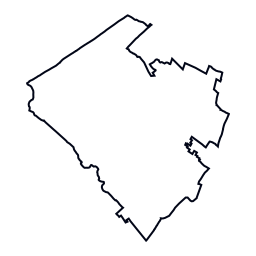 outline of Mihai Eminescu, Botosani, Romania
{"feature_id": "2599482B56977001468724", "entity_name": "Mihai Eminescu", "entity_type": "district", "adm_level": 2, "iso_a3": "ROU", "parent_name": "Romania", "parent_adm1": "Botosani", "projection": "mercator", "projection_center": [26.565, 47.773], "detail": "fine", "context": "isolated", "style": "outline", "palette": "ink", "viewbox_px": 256, "rotation_deg": 0, "n_neighbors": 0, "source": "geoboundaries", "source_scale": "gbopen_adm2", "svg_char_len": 5641}
<svg xmlns="http://www.w3.org/2000/svg" viewBox="0 0 256 256"><path d="M198.8,182.2L199.1,181.4L200.9,178.9L203.5,174.6L203.7,174.4L204.6,173.0L205.0,172.5L206.9,170.8L208.9,168.5L205.8,166.6L205.1,166.3L204.1,165.7L202.3,164.0L201.4,163.1L200.6,162.0L200.4,161.8L199.2,161.1L199.0,160.6L199.8,159.7L199.1,159.3L199.5,158.3L197.0,156.9L197.4,156.0L195.5,155.0L196.9,152.5L194.2,150.9L192.4,154.0L188.5,151.4L189.7,149.5L187.7,148.1L187.8,148.0L187.0,147.3L187.6,146.5L185.2,144.9L185.9,143.3L187.3,144.1L187.5,143.7L190.4,145.7L190.9,144.9L190.7,144.8L191.5,143.5L190.3,142.7L192.0,140.3L190.5,139.2L191.8,136.8L202.2,144.4L204.4,146.4L205.8,147.4L206.2,146.8L206.7,145.9L207.7,144.4L209.6,141.6L210.0,141.6L210.8,141.8L212.7,142.4L213.3,142.9L215.3,143.9L215.5,144.1L215.7,144.5L215.9,144.8L216.9,145.5L217.9,146.5L218.4,143.4L220.4,137.3L220.8,136.8L221.5,135.0L221.7,134.7L223.1,129.1L223.0,128.9L223.8,125.7L224.5,123.6L226.9,118.8L227.2,118.1L227.3,117.8L228.9,114.0L228.9,113.9L228.7,113.8L228.1,113.6L227.8,113.4L227.4,113.3L226.9,113.0L226.0,112.7L225.2,112.2L224.8,111.8L222.9,111.0L222.1,110.5L221.5,110.2L220.9,109.7L220.5,109.8L220.5,109.7L220.6,109.2L218.2,106.6L217.5,105.8L217.2,105.4L216.5,105.2L216.5,104.9L216.6,104.5L216.5,104.3L216.2,103.3L216.1,103.1L216.1,102.6L216.7,99.1L216.7,98.6L217.0,97.1L218.2,93.0L216.9,92.2L215.9,91.0L213.9,89.4L216.4,79.2L220.4,81.4L221.2,79.2L220.8,78.5L221.4,76.7L222.3,72.6L220.3,71.7L218.4,71.4L216.1,70.7L214.8,69.9L214.5,69.5L213.9,69.4L213.4,69.0L212.2,68.0L211.7,67.3L210.9,66.6L210.5,66.4L209.8,66.3L209.1,66.0L208.5,67.9L207.8,69.4L207.7,69.9L207.3,70.8L206.2,73.7L201.0,70.9L195.5,67.8L185.0,63.1L182.8,69.4L172.1,58.7L171.0,62.2L170.3,64.1L169.4,64.0L168.6,63.1L167.0,62.5L166.2,62.5L164.6,63.5L161.8,62.1L161.3,62.1L160.5,62.5L160.3,62.5L159.9,62.3L159.3,61.6L159.1,61.2L158.9,60.5L158.8,60.2L158.5,60.1L158.1,60.0L157.5,59.6L156.9,59.4L156.5,59.5L156.2,59.5L155.3,60.2L154.9,60.6L154.3,61.5L153.9,61.9L153.0,62.4L152.5,62.9L151.5,63.3L150.6,63.8L149.8,64.3L151.1,66.4L152.8,68.4L154.0,69.3L155.2,69.8L155.6,70.1L155.6,70.5L153.4,72.3L152.7,72.7L154.4,75.7L151.1,76.0L148.4,71.6L144.1,62.4L140.6,58.3L140.2,57.5L139.9,57.2L139.7,57.2L138.8,56.7L138.6,56.7L137.9,57.0L137.3,56.9L137.1,56.7L136.7,55.8L135.8,54.8L134.6,54.1L134.2,54.0L133.7,53.5L132.9,53.4L132.2,52.8L130.4,51.9L129.9,51.4L129.4,50.9L129.0,50.3L128.9,49.8L128.6,49.3L127.5,49.0L126.8,48.5L128.6,46.3L129.1,45.9L136.0,38.6L136.4,38.3L137.6,37.4L139.5,35.4L143.8,31.7L147.0,28.6L148.8,27.1L149.5,26.6L150.2,25.8L151.4,24.9L150.2,24.0L149.9,24.2L149.3,25.0L149.0,25.3L148.3,26.3L148.1,26.2L148.0,26.4L147.1,25.7L146.6,25.4L146.2,25.1L145.7,24.3L143.1,22.3L141.8,21.9L140.9,21.8L139.9,21.4L138.8,21.2L138.5,21.0L137.5,20.3L136.4,19.7L135.6,19.9L135.1,19.8L134.2,19.3L133.1,18.4L131.2,17.1L127.8,15.4L127.5,15.4L126.9,15.9L125.1,17.0L124.2,17.8L119.0,21.0L117.6,22.0L114.4,24.4L106.4,30.0L104.5,31.6L103.3,32.4L102.4,33.1L101.1,33.9L99.2,35.4L97.5,36.6L95.0,38.5L93.4,39.6L84.7,45.0L80.6,47.7L80.1,48.0L79.2,48.8L77.1,50.2L76.6,50.7L76.2,50.9L75.6,51.0L75.3,51.4L73.8,52.3L73.0,52.9L71.6,53.7L63.7,58.8L62.4,59.8L61.0,61.3L60.3,61.9L60.3,62.2L60.2,62.5L59.0,63.2L56.0,65.7L51.2,68.4L49.1,69.7L45.2,71.8L40.9,74.6L39.8,75.4L38.1,76.2L36.7,77.2L34.5,78.5L33.2,79.4L32.9,79.4L32.6,79.6L31.8,80.1L30.9,80.4L30.2,80.8L29.3,81.3L28.7,82.2L27.1,83.2L27.3,83.9L27.7,84.5L28.7,85.1L29.5,85.4L30.4,85.9L31.1,86.6L31.5,87.1L31.7,87.5L33.2,90.6L33.4,92.2L33.3,94.5L33.4,97.5L33.1,98.5L32.7,99.5L32.3,99.7L31.5,99.9L30.5,100.9L30.0,101.2L29.5,101.8L28.8,103.6L28.7,104.5L29.0,106.4L29.6,107.0L29.7,107.5L29.7,108.5L29.6,109.2L29.3,110.5L31.8,111.7L32.6,111.9L33.1,112.2L33.7,112.9L33.8,113.2L34.4,114.9L34.6,115.1L34.9,115.4L35.9,115.7L38.6,118.0L41.4,120.0L42.0,120.2L43.1,120.6L43.4,120.8L43.9,120.5L45.5,122.3L54.4,130.2L54.9,130.6L64.9,139.6L66.4,141.0L67.0,141.9L67.3,142.2L68.9,143.2L69.8,143.8L73.4,147.1L73.5,147.2L74.0,149.3L74.6,150.5L76.2,152.6L76.5,153.3L77.4,154.2L77.8,154.7L78.0,155.1L78.2,156.0L78.2,156.8L78.3,157.7L78.5,158.5L78.8,158.9L79.3,159.3L79.7,160.2L80.5,160.8L80.8,161.3L81.4,161.6L81.6,161.9L81.7,162.3L81.7,162.5L81.5,162.8L81.0,163.0L80.9,163.1L80.9,163.8L81.2,164.4L81.5,164.8L82.7,166.2L83.8,167.3L84.6,167.8L85.0,167.8L86.6,167.7L87.9,167.8L89.3,167.5L89.7,167.2L90.9,165.2L91.2,165.0L91.9,165.2L92.9,166.0L93.8,166.6L94.3,166.5L94.9,166.3L95.3,166.3L95.6,166.4L96.8,167.1L97.3,167.8L97.8,168.3L98.1,168.7L98.3,169.4L98.2,169.6L98.0,169.9L97.5,170.9L97.2,172.3L97.4,172.6L97.5,173.2L97.7,175.2L98.0,175.8L98.7,176.6L99.1,178.1L99.2,178.4L99.1,178.7L98.7,179.5L98.7,179.9L99.1,180.4L100.3,181.2L102.0,181.7L103.3,181.8L103.8,182.0L103.9,182.5L104.0,183.1L103.9,183.6L102.2,185.4L101.9,186.5L101.9,187.6L102.5,189.4L103.1,190.3L103.5,190.8L103.9,191.0L106.0,192.1L107.7,192.4L108.0,192.6L111.3,196.0L113.6,198.7L115.4,200.4L116.0,200.2L116.8,200.9L117.5,201.7L118.1,202.3L119.4,204.2L122.1,207.0L123.0,207.7L116.3,213.8L117.0,214.6L118.4,215.8L119.2,216.9L120.2,216.2L121.0,215.6L122.3,217.4L125.6,222.5L127.5,221.7L126.5,220.1L128.2,218.9L128.7,218.6L129.0,219.1L129.9,220.3L130.3,221.0L146.1,240.6L146.7,240.0L154.0,230.2L154.0,229.9L154.3,229.4L154.7,229.2L155.0,228.4L155.7,227.5L155.9,227.0L156.2,226.5L156.5,225.9L157.1,225.4L157.4,224.5L157.8,224.0L159.1,221.8L159.8,221.0L160.6,219.4L161.0,218.8L161.1,218.6L161.0,218.3L162.8,218.5L165.0,217.9L169.2,215.8L171.3,213.0L173.6,210.1L175.1,207.7L179.0,203.6L185.7,197.5L187.6,197.5L190.5,200.7L191.7,201.3L193.1,201.1L196.7,198.1L196.7,197.7L201.3,184.9L199.8,184.2L198.4,183.9L198.8,182.2Z" fill="none" stroke="#020617" stroke-width="2"/></svg>